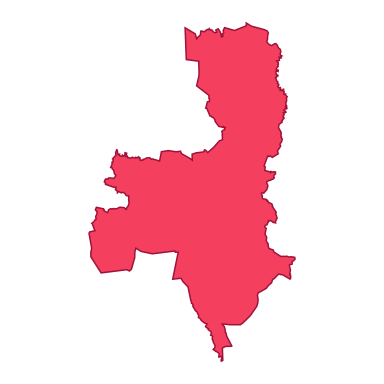 Ixtlán del Río, Nayarit, Mexico (Robinson projection)
{"feature_id": "50627088B6071095399846", "entity_name": "Ixtlán del Río", "entity_type": "district", "adm_level": 2, "iso_a3": "MEX", "parent_name": "Mexico", "parent_adm1": "Nayarit", "projection": "robinson", "projection_center": [-104.302, 21.029], "detail": "fine", "context": "isolated", "style": "filled", "palette": "rose", "viewbox_px": 384, "rotation_deg": 0, "n_neighbors": 0, "source": "geoboundaries", "source_scale": "gbopen_adm2", "svg_char_len": 5978}
<svg xmlns="http://www.w3.org/2000/svg" viewBox="0 0 384 384"><path d="M280.1,54.1L280.8,51.7L280.5,50.0L279.9,48.9L278.4,47.9L277.1,44.9L275.9,43.6L274.8,43.7L271.4,45.6L268.7,44.2L267.2,42.4L266.7,41.5L267.5,39.6L267.6,35.9L268.3,33.0L267.4,31.1L264.5,29.7L251.2,26.1L246.3,23.0L246.3,25.8L234.5,30.5L224.6,27.6L223.1,30.7L223.7,32.6L222.4,33.8L223.0,35.7L222.7,36.5L222.0,37.0L221.0,36.3L221.4,35.4L220.0,31.5L218.1,28.8L215.7,30.1L216.8,32.2L215.2,32.8L213.5,32.0L211.8,29.9L210.5,30.2L209.3,28.6L208.6,29.6L208.0,29.3L206.8,29.7L204.2,31.8L202.3,31.1L200.8,31.1L200.3,35.1L198.0,37.0L196.7,38.9L195.2,33.8L185.1,27.8L186.3,59.6L198.7,61.2L199.1,73.7L198.8,76.4L196.6,85.8L209.0,95.4L208.9,98.5L209.5,99.1L209.3,101.5L207.4,101.8L205.8,108.0L206.3,107.8L207.0,108.8L210.0,116.1L211.3,116.2L212.3,117.4L213.4,117.6L215.0,119.9L215.1,121.4L218.8,126.4L223.6,127.5L223.5,126.7L225.2,127.7L224.7,128.2L224.8,129.6L222.8,130.4L221.8,131.5L222.5,133.8L222.2,134.4L222.5,139.7L219.4,140.8L213.6,147.4L207.7,152.6L206.4,150.9L205.3,150.0L204.4,149.9L204.1,151.5L202.9,152.0L196.3,152.8L192.1,154.2L192.3,160.2L190.3,158.6L181.6,153.7L180.5,151.2L176.3,151.8L168.4,150.6L161.4,151.7L159.6,161.0L152.5,158.9L151.5,159.4L150.1,157.9L148.8,157.8L146.8,157.8L144.7,159.1L143.0,159.4L142.8,160.3L141.7,160.1L140.3,160.4L140.3,159.8L139.6,158.8L140.1,158.1L138.4,156.7L137.5,157.9L135.8,157.4L135.9,157.9L134.7,158.1L132.3,157.2L130.5,158.2L127.6,157.5L127.6,156.6L127.2,157.4L127.5,156.5L126.6,155.4L125.9,157.1L126.6,155.2L126.4,154.6L126.7,153.2L125.0,152.7L125.0,154.4L124.5,155.3L125.5,155.6L124.4,155.4L125.4,155.8L125.3,156.0L124.1,155.6L123.3,155.9L122.4,155.1L122.0,156.4L119.3,155.6L119.6,154.1L118.3,154.4L117.8,154.0L117.6,152.0L117.0,149.8L116.7,149.7L115.6,152.7L115.9,155.1L112.6,158.8L113.2,159.1L112.9,162.1L112.0,162.2L112.1,164.2L110.7,167.5L112.0,167.8L112.3,168.9L113.7,170.4L114.4,173.7L115.9,175.5L114.8,177.4L113.7,178.4L110.5,177.9L108.4,178.0L107.9,179.2L106.6,179.3L106.0,178.8L104.8,180.2L104.3,181.9L105.3,182.6L105.4,183.7L105.9,184.0L105.7,184.4L113.9,187.3L116.0,187.3L116.0,188.3L115.4,189.6L117.2,191.0L117.4,192.8L118.7,191.5L121.2,192.9L122.7,192.3L123.5,192.5L125.3,193.9L125.8,195.1L126.9,195.8L128.8,196.0L128.6,199.1L129.1,203.5L127.9,206.3L126.4,208.2L126.6,209.1L126.2,209.5L124.0,207.6L119.8,207.2L116.8,208.7L114.0,208.9L113.5,208.5L112.1,209.0L110.5,208.7L108.5,209.9L107.8,212.2L107.3,212.6L103.8,210.5L104.1,209.7L103.5,208.8L96.4,207.3L95.4,209.8L97.2,212.2L96.8,214.2L95.7,216.4L96.1,219.3L95.0,219.9L93.9,221.6L91.8,223.3L92.2,223.6L94.9,230.7L89.7,231.9L89.0,233.3L91.7,248.3L90.8,252.3L90.9,256.9L101.1,272.9L126.8,269.7L129.5,271.0L131.4,269.3L134.7,257.8L134.9,251.7L135.9,248.2L141.0,251.4L152.3,253.8L174.9,251.0L175.2,252.2L178.2,252.2L172.7,279.2L181.0,278.3L183.1,281.8L188.0,286.8L190.8,300.5L191.4,301.2L191.4,303.1L192.6,304.0L193.1,305.2L192.8,306.2L195.5,310.8L197.2,312.0L197.5,313.5L198.3,314.5L198.6,315.9L198.4,317.5L200.0,318.4L201.3,320.5L204.3,322.9L207.1,323.9L205.5,326.5L206.3,327.5L208.5,328.6L208.1,329.6L211.1,331.8L211.3,333.3L210.6,335.1L212.6,336.1L212.2,338.8L212.7,340.4L213.2,340.8L213.3,342.2L215.2,345.8L214.6,348.2L213.5,348.9L213.2,349.6L215.1,350.6L215.6,351.4L216.5,351.5L219.0,353.4L219.2,354.6L218.7,356.4L219.0,357.2L220.6,356.2L222.0,357.9L221.1,360.1L221.1,360.7L221.7,360.6L221.8,361.0L222.8,360.4L222.4,348.0L225.6,346.4L231.1,346.3L231.8,346.0L226.7,336.2L226.0,332.9L225.3,332.2L225.1,329.4L224.3,326.5L222.2,324.2L223.3,324.0L229.6,324.7L240.4,324.7L242.7,323.1L250.3,315.7L256.8,306.3L257.8,302.8L258.1,299.3L257.4,295.2L258.2,292.9L266.3,288.3L268.4,285.5L271.5,282.9L272.6,279.5L274.1,278.7L278.8,273.9L280.7,274.7L282.2,274.5L290.0,279.1L290.5,278.8L290.8,276.2L289.6,275.0L289.8,274.4L290.4,274.1L289.8,273.4L290.5,269.7L290.2,269.3L289.4,265.0L289.8,264.6L292.1,264.2L292.2,261.4L293.6,260.8L295.0,259.2L294.8,257.4L291.9,256.8L288.7,257.0L287.2,256.3L280.8,256.4L273.9,252.0L273.3,250.0L269.0,248.5L268.3,246.3L268.1,243.5L266.8,242.1L266.3,240.5L266.7,237.3L265.0,234.1L266.2,228.3L264.7,227.0L264.7,226.6L265.4,225.3L267.1,224.7L267.7,222.8L268.2,222.3L268.4,220.8L269.3,221.1L270.0,220.5L270.6,220.5L273.1,222.4L275.6,222.9L275.4,221.7L277.1,218.1L276.2,215.1L275.4,213.9L275.9,213.5L276.2,212.2L272.4,206.6L272.7,206.2L271.9,204.0L269.4,202.7L268.8,202.8L267.5,200.4L266.8,199.9L266.6,200.4L265.8,199.2L262.9,198.9L262.1,197.4L262.4,195.8L261.3,193.7L262.0,192.5L263.7,193.2L266.7,189.8L267.8,186.5L267.7,185.0L266.6,182.8L266.9,181.7L268.4,180.7L270.6,180.3L271.4,179.5L273.1,179.1L274.3,177.8L273.7,176.5L274.0,175.2L275.5,173.9L275.5,172.0L273.6,171.7L272.8,172.2L270.9,171.5L270.7,173.3L270.2,172.0L264.8,170.4L265.2,166.8L264.1,165.9L267.7,156.0L269.0,156.6L270.2,155.9L272.3,157.4L278.2,153.8L277.5,150.5L279.2,148.6L280.7,145.8L279.8,144.3L281.6,141.7L282.3,139.0L281.0,137.1L281.4,136.6L280.9,135.4L281.3,134.1L280.9,133.2L281.2,132.4L278.5,127.7L279.0,124.5L281.6,122.6L282.1,122.0L281.6,121.2L282.5,120.4L282.7,119.5L284.0,118.5L283.8,117.3L283.1,117.0L283.2,115.7L284.2,114.8L283.3,112.6L284.1,112.3L285.0,112.8L286.0,112.2L285.6,111.4L283.9,110.0L285.1,108.9L286.5,108.9L287.0,108.4L286.7,107.6L285.7,107.5L285.5,106.6L285.7,106.2L286.6,106.5L286.8,106.0L285.9,104.7L285.8,102.8L286.3,102.1L286.7,99.8L286.3,98.4L287.2,96.8L285.5,94.9L285.6,94.0L283.9,94.3L283.7,93.9L284.2,92.0L283.8,91.8L283.6,89.2L283.1,89.3L282.6,90.5L281.7,90.1L280.4,90.6L279.9,89.6L280.7,88.9L280.3,87.5L278.4,87.7L278.0,85.8L278.7,85.3L278.7,84.2L277.3,83.5L277.9,82.1L277.1,81.4L275.4,77.9L275.6,77.5L276.4,77.5L276.7,76.4L278.0,75.9L277.8,75.1L276.5,74.8L275.7,71.8L276.0,71.4L276.9,71.3L277.1,70.5L278.1,71.3L278.2,70.6L278.2,70.1L276.9,69.9L276.2,69.2L276.8,67.8L278.2,66.4L277.8,65.1L278.4,64.3L278.2,62.5L276.7,61.0L279.3,60.5L279.0,59.9L279.5,58.4L279.2,57.2L280.9,58.1L281.3,57.8L280.7,56.3L281.8,55.9L280.7,55.3L280.1,54.1Z" fill="#f43f5e" stroke="#9f1239" stroke-width="1.5"/></svg>